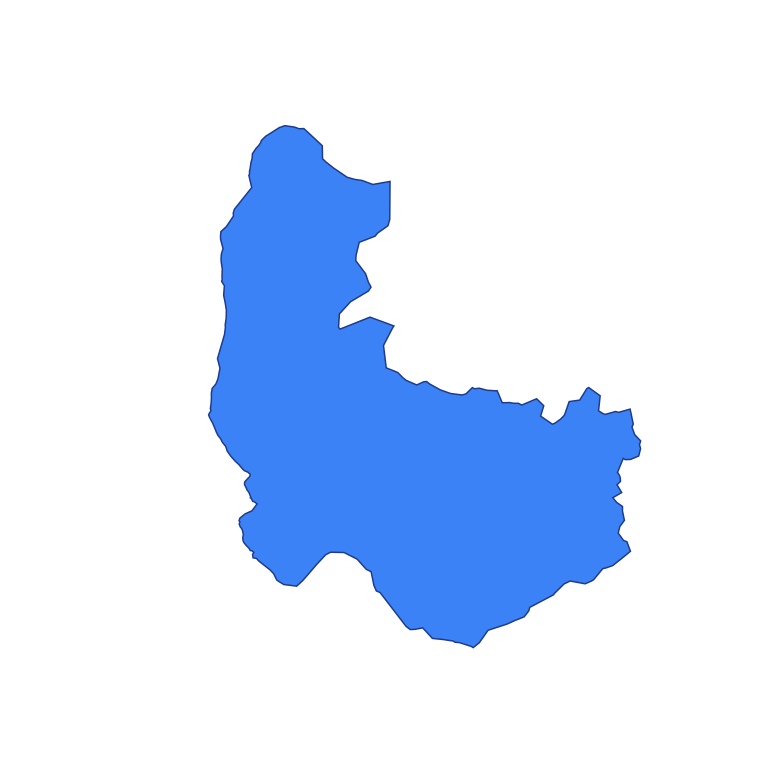 the district of Kanam, Plateau, Nigeria, rotated 240°
{"feature_id": "59680162B74099392913903", "entity_name": "Kanam", "entity_type": "district", "adm_level": 2, "iso_a3": "NGA", "parent_name": "Nigeria", "parent_adm1": "Plateau", "projection": "robinson", "projection_center": [10.139, 9.467], "detail": "fine", "context": "isolated", "style": "filled", "palette": "blue", "viewbox_px": 768, "rotation_deg": 240, "n_neighbors": 0, "source": "geoboundaries", "source_scale": "gbopen_adm2", "svg_char_len": 3663}
<svg xmlns="http://www.w3.org/2000/svg" viewBox="0 0 768 768"><g transform="rotate(240 384 384)"><path d="M252.6,207.3L254.3,215.0L256.5,221.5L261.3,235.2L265.3,248.1L265.0,253.7L258.0,265.2L245.7,273.2L240.8,274.2L233.7,275.7L232.3,276.0L227.9,279.0L214.7,274.6L212.9,274.4L208.6,273.9L205.4,276.3L174.0,280.5L163.2,281.9L158.3,283.9L156.2,287.8L153.4,295.6L142.4,298.1L139.5,298.7L138.3,300.3L133.2,307.4L129.4,312.1L126.8,315.4L125.8,315.9L124.9,316.3L122.4,319.9L113.1,328.4L111.1,329.4L112.3,337.2L118.7,351.0L114.5,370.8L113.9,377.8L112.3,389.0L115.1,395.9L117.7,398.5L116.7,425.6L117.4,426.9L120.8,439.9L120.3,446.7L110.4,458.3L109.6,465.5L109.7,467.7L114.7,481.1L113.7,484.3L112.4,491.3L113.9,501.6L115.9,513.8L126.0,515.5L128.7,513.2L137.8,512.3L142.6,516.9L145.7,524.0L154.7,527.0L158.7,529.3L165.1,526.3L171.1,525.3L171.2,535.6L180.2,535.4L181.4,540.1L183.8,541.3L186.4,542.2L189.8,542.2L190.6,541.9L200.0,554.0L197.9,555.1L195.4,559.8L194.3,568.6L199.8,573.9L203.7,574.9L206.4,577.8L214.8,575.8L222.7,577.2L224.6,579.8L239.2,584.6L242.1,573.1L244.4,570.8L247.0,560.5L248.8,558.9L253.5,556.4L265.7,565.3L278.6,559.5L278.6,557.4L272.2,545.4L276.2,535.6L266.8,524.7L265.3,519.4L264.6,512.4L265.0,509.7L277.9,503.6L285.3,511.5L294.9,508.8L296.9,492.8L300.1,490.7L302.2,487.1L304.5,484.2L304.9,483.9L308.6,477.0L318.8,478.3L321.7,478.6L322.0,477.7L327.0,470.2L332.8,464.3L334.6,460.0L336.7,458.7L334.5,450.2L335.4,446.2L342.4,437.0L350.8,429.8L361.3,423.5L364.9,422.1L366.1,419.3L366.6,413.8L366.9,411.8L376.1,405.0L380.3,403.4L387.0,401.7L396.9,394.0L417.3,402.7L418.0,403.4L428.4,419.7L429.3,421.6L448.9,405.3L453.5,373.5L455.7,372.9L467.0,380.4L472.0,396.2L472.3,417.1L474.4,421.2L480.0,421.4L488.7,423.2L504.9,421.2L509.5,424.2L519.1,433.4L516.5,450.3L517.9,453.9L519.1,466.6L522.2,469.8L523.7,471.3L556.4,490.5L562.4,474.1L571.2,466.8L575.8,461.0L581.4,455.5L596.7,448.1L605.7,444.6L609.8,443.4L621.2,449.7L645.3,442.3L647.5,438.1L651.2,435.0L657.3,427.3L658.4,421.4L657.7,405.3L656.2,399.5L654.9,398.1L653.4,395.3L652.0,390.9L649.2,385.2L645.2,382.5L642.5,379.7L637.2,375.5L635.8,374.1L632.8,372.3L632.3,371.3L623.1,368.5L620.3,367.7L613.5,350.4L610.1,341.7L609.5,341.1L607.4,338.9L604.7,337.6L601.9,331.9L600.3,328.5L599.1,326.1L597.5,318.9L593.6,316.2L590.9,314.8L581.8,312.3L579.4,309.8L577.8,308.1L573.8,305.4L571.2,304.1L564.6,301.5L558.0,297.4L555.4,296.1L554.1,294.7L550.9,294.8L548.9,294.9L545.0,292.2L541.0,289.5L537.1,288.2L533.2,286.9L526.6,284.3L520.0,280.3L514.7,276.1L512.1,274.8L508.6,272.1L506.7,270.7L502.8,266.6L502.7,266.5L500.0,263.7L497.3,260.9L490.4,253.7L489.9,253.2L489.3,252.5L483.5,250.9L480.2,250.0L479.2,249.4L471.5,242.8L468.2,238.6L467.0,235.5L466.2,233.1L462.4,229.9L458.6,227.8L455.0,225.5L452.5,223.7L449.5,221.3L447.9,221.1L446.8,219.8L446.2,218.4L445.0,216.7L442.9,216.3L439.0,216.1L436.3,216.1L430.7,215.4L425.8,214.7L422.2,214.5L418.7,215.1L414.3,214.9L409.1,215.7L404.2,214.7L398.3,215.2L391.3,216.6L386.9,218.0L381.3,219.0L378.8,219.7L375.7,222.0L372.6,223.0L371.1,221.6L369.4,216.0L368.8,214.3L367.6,213.5L366.6,212.9L364.5,212.8L362.8,212.7L360.3,212.4L358.9,212.7L357.7,212.8L353.0,212.1L352.2,211.3L351.5,211.9L350.1,211.8L349.0,211.6L347.9,211.7L347.4,212.3L346.0,213.2L343.6,214.1L340.5,206.9L340.2,206.2L341.0,198.9L339.9,192.1L338.1,190.1L336.6,190.2L335.0,188.5L332.2,188.1L329.8,188.4L328.7,188.3L327.6,188.1L323.9,186.9L321.5,184.8L318.4,183.5L316.5,183.4L312.8,184.0L309.4,184.9L306.6,184.9L305.7,186.2L303.3,187.1L302.2,185.0L298.9,183.7L296.8,186.3L293.2,187.1L279.9,192.4L274.7,193.6L268.0,193.1L265.7,194.1L260.4,197.0L252.6,207.3Z" fill="#3b82f6" stroke="#1e3a8a" stroke-width="1.5"/></g></svg>